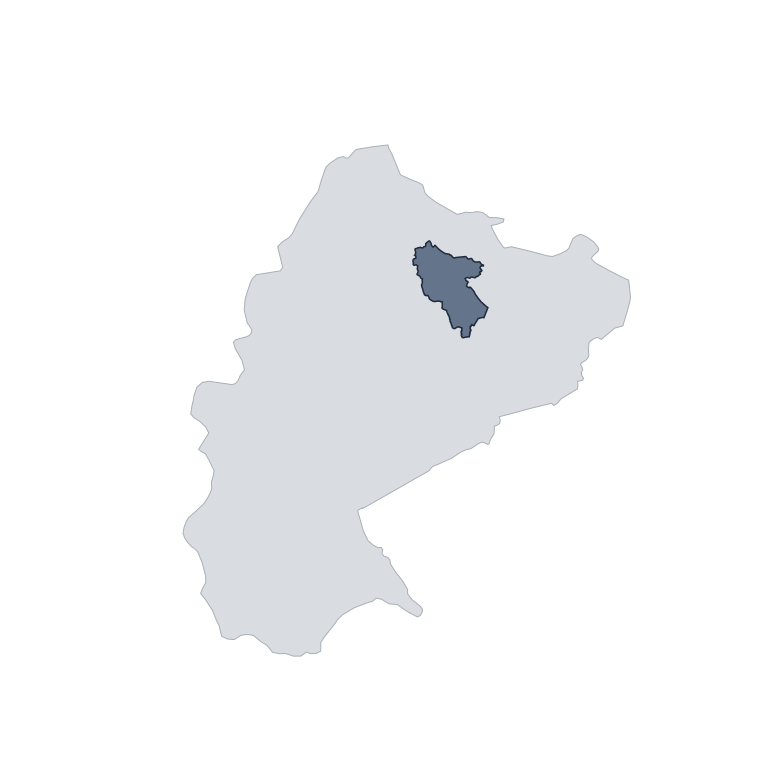 location of Gnagna, Gnagna, Burkina Faso, rotated 331°
{"feature_id": "67063806B53557788130503", "entity_name": "Gnagna", "entity_type": "district", "adm_level": 2, "iso_a3": "BFA", "parent_name": "Burkina Faso", "parent_adm1": "Gnagna", "projection": "natural_earth1", "projection_center": [0.002, 12.916], "detail": "fine", "context": "in_parent", "style": "filled", "palette": "slate", "viewbox_px": 768, "rotation_deg": 331, "n_neighbors": 0, "source": "geoboundaries", "source_scale": "gbopen_adm2", "svg_char_len": 8957}
<svg xmlns="http://www.w3.org/2000/svg" viewBox="0 0 768 768"><g transform="rotate(331 384 384)"><path d="M549.0,482.1L531.8,482.8L525.6,485.0L521.8,485.0L521.7,483.2L521.2,482.1L499.5,476.1L484.3,472.5L468.9,468.5L468.0,472.3L465.8,474.7L462.5,474.9L460.1,474.3L458.6,477.1L456.0,480.9L452.5,482.8L449.0,485.1L447.0,487.2L445.6,487.2L442.0,482.4L437.3,481.9L428.6,482.7L424.6,481.4L419.2,480.7L406.5,481.7L386.2,479.8L382.9,480.8L382.0,481.7L361.9,481.9L339.8,482.2L321.2,482.4L305.0,482.6L305.0,481.8L299.8,481.7L299.2,483.3L294.6,502.7L294.1,513.3L296.5,519.8L299.2,524.0L302.3,525.7L302.6,528.1L300.1,531.1L300.3,534.2L303.2,537.4L303.9,540.8L302.4,544.4L302.8,552.9L304.9,566.4L305.0,575.1L302.9,579.1L303.9,586.0L307.8,595.6L308.5,599.7L307.1,601.6L303.8,604.1L300.4,604.0L296.5,598.2L294.8,595.6L291.7,589.7L289.0,583.7L285.4,581.1L281.8,578.7L277.5,571.1L273.3,567.5L268.9,568.5L262.4,567.1L249.4,565.3L235.4,565.8L229.5,567.5L223.8,570.3L209.2,576.3L203.5,579.3L199.1,586.9L194.1,586.8L189.2,584.3L186.1,580.9L179.5,581.7L173.1,578.3L166.9,571.7L162.3,569.6L156.5,564.8L154.9,555.7L151.3,549.4L147.9,540.6L142.9,536.6L137.1,534.5L129.1,534.9L123.8,531.4L119.7,526.2L120.8,521.7L122.7,515.4L122.9,509.2L124.2,499.3L123.5,486.9L122.1,478.2L126.5,474.6L131.7,471.4L134.9,465.5L138.3,452.3L139.7,440.9L138.7,436.6L137.0,433.3L135.7,428.3L135.0,422.3L135.9,417.1L139.8,412.2L144.7,408.2L148.1,406.2L157.3,404.2L168.7,401.2L175.3,397.7L180.1,394.3L182.8,391.6L185.6,386.0L190.0,381.7L193.4,377.4L194.0,365.3L194.0,358.4L191.5,354.6L190.1,351.3L207.0,341.9L207.2,335.2L204.9,327.7L201.6,321.7L200.4,316.5L205.1,310.4L209.3,305.8L212.3,301.9L219.0,296.0L225.9,294.5L232.1,296.7L250.6,310.7L253.8,311.6L257.6,310.5L262.5,306.8L268.9,303.9L271.2,294.6L271.1,280.8L272.5,274.5L275.9,273.4L286.5,276.0L289.3,276.2L292.3,275.3L294.6,272.9L294.5,268.4L294.0,264.5L297.5,251.7L303.9,242.1L316.7,230.1L320.7,227.7L325.4,226.5L348.2,234.8L352.0,232.7L357.6,212.3L363.8,210.4L371.3,210.0L376.1,208.3L378.6,206.8L389.5,199.1L408.7,188.5L419.1,184.0L421.1,182.3L428.5,174.8L438.3,166.2L444.6,164.5L453.2,163.9L458.7,165.3L460.1,167.7L461.9,169.0L473.2,165.3L489.4,171.1L503.3,176.8L502.4,180.5L502.4,186.9L501.2,197.0L499.8,209.1L505.6,217.0L512.5,225.4L514.3,228.7L512.5,237.0L513.8,241.9L517.5,250.1L523.7,260.4L530.1,271.0L534.5,272.4L538.7,273.2L541.2,275.1L545.0,277.0L548.7,278.2L551.9,280.5L554.0,282.8L556.7,289.3L563.9,293.7L568.9,297.9L566.9,300.1L560.6,299.2L554.7,297.4L554.0,300.5L553.7,312.5L554.7,322.5L556.1,323.9L562.0,325.7L576.1,338.7L588.9,351.0L593.2,354.2L600.3,355.4L608.2,355.9L611.6,354.8L619.3,348.6L623.4,347.9L627.2,348.1L629.2,349.1L632.9,354.1L636.4,361.7L637.4,367.4L637.1,370.4L635.9,371.5L629.6,373.0L626.9,374.1L626.2,375.8L627.2,379.6L628.4,382.0L635.3,393.0L645.3,407.9L648.3,411.7L646.6,416.1L641.6,427.7L637.8,432.5L621.1,449.0L612.9,447.0L595.7,450.3L593.1,446.6L589.1,446.1L584.2,446.7L582.4,448.2L581.8,449.8L580.0,452.0L576.9,458.5L574.4,460.2L571.3,461.2L567.6,461.1L565.4,461.9L565.4,465.1L564.7,468.0L562.2,469.4L561.1,472.5L561.3,475.6L559.8,477.0L556.6,476.2L554.7,475.4L552.9,479.4L550.7,482.1L549.0,482.1Z" fill="#d9dde1" stroke="#a8b0b8" stroke-width="1"/><path d="M473.3,286.2L473.9,287.3L473.7,287.7L473.5,287.8L473.4,288.0L473.5,288.2L473.2,288.7L473.2,288.8L473.1,289.2L472.9,289.3L472.7,289.4L471.8,289.3L471.6,289.2L471.2,289.2L470.8,289.1L470.4,289.1L470.1,289.2L469.6,289.6L469.2,290.1L468.9,290.5L468.6,291.4L468.6,292.2L468.5,292.4L467.7,293.1L467.5,293.6L467.6,294.4L467.8,294.6L468.2,294.9L469.9,295.3L470.1,295.5L470.3,295.8L470.4,296.4L470.5,296.6L470.7,296.8L470.7,297.0L470.5,297.4L470.1,297.7L469.8,298.1L469.8,298.3L469.6,298.7L469.3,298.9L469.1,299.2L468.8,299.7L468.8,300.1L468.7,300.2L468.6,301.2L468.6,301.6L468.5,302.1L467.6,302.9L467.5,303.1L467.2,303.3L466.6,303.5L466.0,304.2L466.0,304.4L466.1,304.6L466.6,305.4L466.9,306.0L467.5,306.7L467.7,307.1L467.6,309.5L467.8,309.8L467.9,310.1L468.1,310.3L468.6,310.6L468.4,311.0L467.2,312.5L466.9,313.6L466.7,314.1L465.9,314.9L465.6,315.0L465.1,315.3L464.8,315.7L464.5,316.3L464.2,317.4L463.8,320.0L463.3,321.5L462.9,323.8L463.0,325.8L462.8,325.8L463.1,326.5L463.3,326.8L463.8,327.2L464.0,327.3L464.8,327.5L465.2,327.8L465.3,328.1L465.3,328.8L465.3,329.6L465.3,330.0L465.0,331.3L465.0,331.8L465.4,332.7L466.8,335.2L467.5,335.9L468.8,336.7L470.6,337.3L472.3,338.2L473.4,339.1L473.5,339.6L473.8,339.9L474.0,340.0L474.5,340.4L474.7,340.5L474.5,340.9L474.4,341.2L474.2,341.4L474.2,341.5L474.1,341.9L473.8,342.2L473.6,342.7L473.1,343.4L472.6,344.5L472.5,344.8L472.0,345.0L471.6,345.4L471.6,346.0L471.7,346.3L472.0,347.1L472.6,348.0L473.8,349.2L474.3,349.9L473.8,353.1L473.7,354.0L473.6,355.3L473.7,356.7L473.2,358.3L473.0,358.8L472.8,359.4L473.1,359.5L473.0,359.8L472.7,360.3L472.5,360.7L472.3,360.9L472.2,361.2L472.2,361.3L472.1,361.5L472.2,361.8L472.1,362.3L472.3,362.6L472.3,363.2L472.1,363.4L471.8,363.9L471.8,364.6L471.7,364.9L471.5,365.6L471.7,366.2L471.7,366.3L471.5,366.5L471.4,366.7L471.2,368.1L471.5,368.6L471.8,369.2L472.6,369.8L472.9,369.9L476.0,369.7L476.5,369.9L476.9,370.4L477.5,370.6L477.7,371.1L477.8,371.1L478.0,371.6L478.4,371.7L479.1,372.5L479.3,372.8L478.9,373.4L478.6,373.6L478.6,374.0L478.2,374.7L478.0,374.9L477.8,374.7L477.6,374.8L477.5,375.5L477.2,375.8L476.7,375.8L476.7,376.4L476.6,376.5L476.5,376.4L476.3,376.6L476.1,377.0L476.2,377.7L476.0,378.0L476.0,378.4L475.8,378.5L475.3,378.6L475.2,378.8L475.2,379.1L475.1,379.4L475.1,379.5L475.1,379.9L475.0,380.1L475.2,380.3L475.2,380.5L475.1,381.2L475.0,381.4L475.7,381.8L475.9,382.0L476.1,382.1L478.1,382.6L479.3,383.2L480.4,383.5L481.4,384.0L481.5,383.7L481.9,383.4L482.2,383.3L482.5,383.0L483.0,382.3L483.0,382.2L483.0,381.9L483.0,381.7L483.3,381.5L483.5,381.6L483.8,381.4L483.9,380.9L484.2,380.6L484.3,380.3L484.6,380.3L484.7,379.9L485.0,379.7L485.2,379.8L485.3,379.8L485.4,379.4L485.5,379.3L485.8,379.3L486.1,379.2L486.2,378.3L486.1,377.8L486.2,377.5L486.3,377.1L486.6,377.0L486.6,376.7L486.8,376.6L487.0,376.0L487.1,375.7L487.5,375.8L487.7,375.7L488.0,375.8L488.1,375.7L488.5,375.3L488.7,375.0L489.3,374.7L489.3,375.1L489.5,375.1L489.9,375.0L490.0,375.6L490.5,376.0L490.7,376.6L491.0,376.6L491.5,376.4L492.3,375.7L492.8,375.4L496.1,373.6L496.8,373.1L497.1,373.1L497.3,372.9L497.6,372.5L497.8,372.4L498.2,372.4L498.4,372.5L499.3,372.8L499.4,372.7L501.9,373.4L502.6,373.7L503.3,374.3L503.5,374.5L511.9,367.6L510.7,364.8L509.7,361.9L509.3,360.6L508.8,359.6L508.6,359.1L508.6,358.4L507.9,354.4L507.7,352.0L507.4,350.1L507.4,349.1L507.5,347.4L507.5,346.1L506.6,341.6L506.4,341.3L506.1,340.9L505.2,340.7L505.1,341.0L505.0,340.9L504.7,340.4L504.2,340.0L504.1,339.3L504.0,339.0L503.7,338.6L503.9,338.2L504.0,338.2L504.2,337.7L504.4,337.6L505.1,336.9L506.9,335.6L507.0,335.6L506.9,335.3L506.7,335.1L506.6,334.9L506.7,334.4L506.0,333.8L505.8,333.2L506.1,331.8L506.1,331.1L506.7,331.0L507.7,331.1L508.7,331.4L509.2,331.8L509.7,332.4L510.3,333.0L510.6,333.1L511.2,333.0L511.8,332.7L512.4,332.8L512.8,333.1L514.9,335.1L515.3,335.3L515.9,335.2L516.6,334.8L516.9,334.7L517.1,334.8L517.8,335.2L518.0,335.3L518.3,335.3L520.3,334.7L521.1,334.7L521.2,334.8L521.3,334.8L521.7,334.5L521.6,333.8L521.8,333.6L521.6,332.8L521.6,332.7L521.8,332.5L522.7,332.4L523.1,332.6L523.4,332.6L523.6,332.8L523.8,332.6L524.0,332.6L524.2,332.4L524.4,332.4L524.7,332.1L524.7,331.7L524.2,330.8L524.1,330.4L524.2,330.2L524.4,330.1L524.3,329.6L524.4,329.3L524.3,329.1L524.5,329.0L524.6,328.7L524.7,328.4L525.4,327.9L525.7,327.8L526.3,328.1L526.5,328.0L526.9,328.1L527.1,328.3L527.5,328.5L527.9,328.9L528.0,328.9L528.0,328.7L528.3,328.5L528.2,328.3L528.4,328.2L528.5,328.1L528.2,327.7L527.8,327.6L527.4,326.9L527.3,326.5L527.2,326.3L527.0,325.4L527.1,324.3L526.9,324.1L526.9,323.7L526.4,323.2L526.1,323.2L525.2,322.7L524.6,322.6L524.3,322.3L523.5,321.9L523.3,321.7L522.9,321.5L522.7,321.3L522.3,320.5L521.9,320.0L521.6,319.0L521.6,318.5L521.5,318.3L521.5,318.0L521.7,317.7L521.3,316.8L521.1,316.5L520.9,316.5L520.5,316.2L519.6,316.0L518.8,315.9L518.2,315.6L517.3,312.2L517.2,312.1L507.9,308.1L506.5,308.0L505.1,305.3L505.1,305.2L505.4,304.9L505.4,304.7L505.1,303.9L505.0,303.7L504.8,303.6L504.3,303.4L504.3,302.7L504.2,302.3L500.8,299.6L500.6,299.4L498.8,296.2L497.9,294.2L497.5,293.2L496.4,289.6L496.1,288.3L495.8,287.4L495.3,287.5L494.3,287.9L493.5,288.0L493.3,288.0L493.2,287.8L492.8,286.5L492.7,286.1L492.8,285.7L493.1,284.9L493.4,283.5L493.3,281.4L493.2,281.0L493.0,280.9L492.6,280.7L491.2,280.8L488.7,281.4L488.7,281.6L488.4,281.7L488.3,282.1L488.0,282.7L487.2,283.6L486.7,283.7L486.1,283.4L485.6,283.3L484.9,283.4L484.4,283.7L484.1,283.7L483.8,283.6L483.4,283.5L483.1,283.3L482.7,282.9L482.1,282.0L481.8,282.0L481.1,282.0L480.8,281.7L480.2,281.6L480.1,281.4L479.1,281.3L478.4,281.2L476.9,280.9L476.7,281.0L476.4,281.2L476.1,281.8L476.0,282.8L475.9,283.2L475.4,284.2L475.3,284.5L475.1,285.0L474.9,285.2L474.4,285.6L474.0,286.1L473.6,286.2L473.3,286.2Z" fill="#64748b" stroke="#1e293b" stroke-width="1.5"/></g></svg>